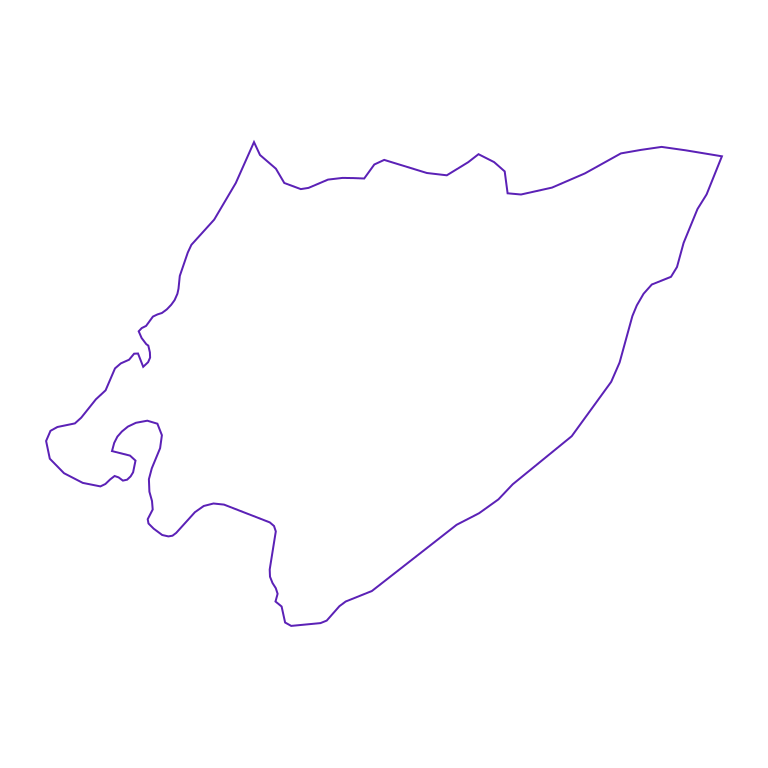 map outline of Wellington (orthographic projection)
{"feature_id": "NZL-5469", "entity_name": "Wellington", "entity_type": "Regional Council", "adm_level": 1, "iso_a3": "NZL", "parent_name": "New Zealand", "parent_adm1": "", "projection": "orthographic", "projection_center": [175.21, -41.147], "detail": "fine", "context": "isolated", "style": "outline", "palette": "violet", "viewbox_px": 768, "rotation_deg": 0, "n_neighbors": 0, "source": "natural_earth", "source_scale": "10m", "svg_char_len": 1750}
<svg xmlns="http://www.w3.org/2000/svg" viewBox="0 0 768 768"><path d="M721.9,156.3L706.6,194.4L697.5,209.0L683.6,242.9L677.0,267.0L671.0,276.8L651.8,284.5L643.6,293.7L636.8,305.4L632.4,316.0L619.6,362.5L611.2,381.8L571.7,436.2L512.7,484.3L498.4,499.4L479.1,513.2L456.6,524.8L371.9,591.0L345.7,601.5L339.4,606.2L326.7,620.6L320.5,623.1L291.2,625.9L285.1,622.5L281.6,606.5L275.5,601.5L277.6,593.8L275.8,588.2L272.5,583.0L270.0,576.7L269.7,569.5L275.8,531.4L274.0,526.0L269.8,522.4L224.0,504.6L213.5,503.5L203.7,506.0L194.9,512.2L176.2,532.9L172.5,535.7L168.4,536.4L162.2,535.0L153.7,528.7L148.5,523.5L147.7,519.2L152.7,509.5L152.0,501.0L149.4,491.7L148.9,479.2L151.8,468.3L160.1,448.2L161.9,435.2L157.4,423.7L147.3,420.7L135.9,422.8L127.9,426.6L121.9,431.5L117.4,436.6L114.2,442.9L112.0,451.1L130.0,455.6L135.5,460.6L133.1,472.3L130.6,476.4L127.1,479.7L122.9,480.6L118.6,477.4L114.6,476.0L110.2,479.4L105.4,484.0L100.4,486.4L82.8,482.9L64.0,473.2L49.8,458.7L46.1,441.0L50.5,430.8L57.4,427.0L74.9,423.4L81.2,417.7L95.9,399.3L105.6,390.3L115.0,368.4L120.8,363.4L129.1,359.7L134.1,353.7L138.0,353.5L143.2,366.8L148.1,362.2L150.1,357.6L149.9,352.4L148.3,345.6L146.3,344.2L141.6,338.0L138.7,331.3L141.7,328.1L146.1,325.9L152.9,316.6L157.5,314.4L161.9,313.0L166.8,309.4L171.2,304.8L174.6,300.1L177.4,293.8L178.5,288.7L179.8,275.9L187.8,252.5L191.4,244.8L214.2,219.6L235.8,183.0L254.0,142.1L260.0,155.0L275.9,168.7L284.3,183.0L300.8,189.1L308.5,187.9L328.0,179.6L342.6,177.9L353.8,178.1L364.2,178.5L374.3,164.5L384.2,159.9L426.9,173.0L446.8,175.3L468.2,162.2L478.5,154.2L494.1,162.1L504.7,171.4L507.6,193.3L521.0,194.5L552.0,187.6L584.9,173.4L620.9,153.4L640.9,149.9L661.6,146.9L685.6,150.3L721.9,156.3Z" fill="none" stroke="#5b21b6" stroke-width="2"/></svg>